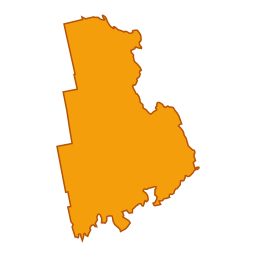 outline of Washington, Maine, United States of America
{"feature_id": "52423323B19363512128609", "entity_name": "Washington", "entity_type": "district", "adm_level": 2, "iso_a3": "USA", "parent_name": "United States of America", "parent_adm1": "Maine", "projection": "mercator", "projection_center": [-67.458, 45.042], "detail": "fine", "context": "isolated", "style": "filled", "palette": "amber", "viewbox_px": 256, "rotation_deg": 0, "n_neighbors": 0, "source": "geoboundaries", "source_scale": "gbopen_adm2", "svg_char_len": 4381}
<svg xmlns="http://www.w3.org/2000/svg" viewBox="0 0 256 256"><path d="M63.2,91.9L66.9,110.9L70.1,131.8L72.1,143.5L58.6,146.1L57.0,146.4L65.7,192.3L67.9,191.9L70.2,203.6L70.7,206.5L67.8,207.0L68.6,210.5L71.0,221.9L73.2,224.4L72.1,226.9L75.2,237.0L75.4,236.8L76.4,236.9L77.7,237.7L78.3,237.6L78.8,236.0L78.5,234.7L79.0,234.1L79.6,233.9L80.6,234.4L80.8,236.3L82.3,240.6L83.2,238.0L83.8,235.1L83.8,233.9L84.6,233.6L84.8,233.5L86.0,235.4L87.7,236.3L88.1,235.4L88.1,234.7L90.7,229.9L89.8,228.5L91.4,225.4L93.7,224.8L95.0,226.5L96.7,226.7L95.3,223.3L97.4,220.0L96.8,217.0L97.6,215.0L98.5,214.1L99.6,214.4L100.2,214.9L101.5,217.8L101.9,220.9L101.5,221.3L101.5,222.8L102.6,223.0L104.0,222.7L105.0,223.2L106.4,221.6L106.9,219.7L106.5,217.6L107.2,216.6L108.5,216.0L111.6,215.9L112.1,216.2L112.6,218.0L113.1,221.2L114.8,224.6L119.7,228.9L120.6,231.5L125.6,228.8L127.5,226.8L130.2,222.9L128.8,220.7L123.0,217.0L123.7,215.6L122.8,212.6L122.1,211.9L126.7,210.1L127.3,211.3L129.1,213.1L132.4,212.7L132.5,209.4L133.6,208.5L135.3,206.8L136.6,205.5L137.7,205.1L137.8,204.6L138.3,204.2L140.2,203.6L141.1,203.8L141.3,204.6L142.2,205.7L143.0,206.1L143.8,204.7L144.2,202.9L145.1,200.6L145.3,200.5L146.4,201.7L147.6,200.9L148.2,199.7L147.7,196.1L146.9,194.3L146.2,193.8L146.0,193.2L143.1,191.0L144.1,189.0L147.0,189.3L149.1,188.0L150.1,188.0L154.9,186.6L156.1,186.9L155.9,188.4L155.0,189.4L154.8,194.9L156.1,195.8L156.9,196.8L156.7,199.2L154.6,202.9L153.2,203.0L153.1,203.5L154.1,205.5L155.7,205.6L156.8,205.3L160.7,204.4L159.0,201.1L162.6,200.6L164.0,198.7L166.6,198.4L169.6,197.3L169.3,196.9L169.2,195.6L169.9,194.3L170.5,194.2L172.0,194.4L173.8,193.4L173.8,193.2L174.6,190.6L175.7,188.9L177.0,188.7L180.1,184.9L180.7,180.7L181.5,180.5L182.6,181.0L183.8,180.6L185.1,177.8L185.2,175.8L186.1,175.5L187.5,176.6L189.6,176.1L190.4,175.5L193.4,172.1L194.1,170.8L194.5,170.3L195.2,169.9L196.2,169.5L196.5,169.6L197.6,169.3L198.9,168.0L199.0,167.6L198.7,167.1L197.0,167.3L195.9,167.9L195.9,168.3L195.0,168.6L194.5,167.0L193.3,162.8L193.7,162.0L195.5,160.7L195.2,159.7L194.0,156.3L194.2,153.8L194.6,153.7L194.9,152.7L194.7,151.1L193.9,150.1L192.6,150.0L188.7,146.3L188.1,145.3L188.0,144.9L186.1,138.2L184.4,135.7L183.9,134.4L183.6,132.5L182.7,130.7L180.6,128.0L178.4,126.0L179.8,124.4L181.7,123.9L181.2,122.7L179.0,116.3L177.0,112.9L174.9,110.3L173.4,107.8L173.2,107.6L172.2,107.2L169.3,107.0L167.8,106.0L165.4,107.4L164.9,107.4L164.5,107.0L164.2,106.5L163.3,106.1L163.1,105.9L162.8,104.8L162.5,104.4L161.1,103.6L160.7,103.2L159.5,102.6L158.0,102.4L157.2,103.0L156.7,104.9L156.8,105.2L157.0,105.5L157.0,106.0L156.5,106.2L156.1,106.5L155.6,107.8L155.7,108.5L156.3,108.8L156.7,109.1L156.6,109.8L156.4,110.1L156.2,110.3L155.3,110.7L153.7,111.6L152.3,112.9L151.1,114.0L150.9,114.0L150.4,113.9L149.4,113.3L148.9,112.9L145.7,109.4L144.8,109.0L143.1,108.0L143.0,107.5L143.0,107.2L143.1,106.8L142.8,104.6L140.1,102.2L140.1,101.2L139.8,99.3L139.1,97.1L138.8,96.3L137.1,93.9L136.3,93.7L136.0,93.6L135.9,93.3L132.9,87.3L132.7,86.8L132.7,86.6L133.0,85.2L133.3,85.0L133.5,85.1L133.9,85.4L135.5,84.7L135.6,84.1L136.2,83.5L137.1,81.1L137.2,80.6L137.2,80.1L136.7,79.4L136.7,79.1L137.1,78.6L138.5,77.5L139.4,76.6L139.9,75.1L140.2,73.9L139.5,72.9L139.5,72.1L139.8,71.2L140.0,71.0L140.3,70.7L140.7,70.7L141.0,70.6L141.3,70.3L141.4,70.1L140.0,67.3L137.8,64.7L136.5,63.3L134.9,62.0L134.6,61.6L134.2,60.6L133.3,57.0L133.2,56.3L133.6,55.9L133.5,55.4L133.0,54.2L132.1,53.3L131.4,52.4L131.0,51.1L130.9,50.6L131.0,50.4L131.4,50.1L132.8,49.7L134.2,49.0L135.0,48.6L135.0,47.8L135.0,47.6L135.9,47.0L137.5,47.7L140.0,48.3L140.3,48.3L140.5,48.1L140.7,47.5L140.9,47.5L141.1,47.7L141.5,48.2L141.6,47.9L141.1,46.6L139.7,45.1L139.4,43.5L139.3,43.2L139.4,42.3L139.7,41.4L139.9,41.3L140.1,41.3L140.5,41.4L141.1,39.8L140.8,35.9L140.5,34.7L140.0,33.9L137.6,30.5L136.9,30.2L134.2,30.3L132.6,30.8L132.5,31.2L132.7,31.5L132.8,32.0L132.5,32.5L131.4,33.3L129.1,33.1L127.1,31.8L125.7,31.4L124.4,31.5L124.4,31.9L123.8,31.9L121.1,30.6L118.3,29.9L115.2,27.2L114.2,26.7L113.6,26.9L114.1,28.2L113.5,28.6L110.9,26.7L109.8,25.6L107.7,22.2L107.0,20.5L106.0,18.1L105.5,17.1L103.4,15.5L103.1,15.4L102.5,15.4L102.6,16.2L103.0,17.3L103.9,18.6L104.6,19.1L104.6,19.5L104.4,20.0L103.1,19.9L100.1,19.1L98.4,17.4L94.1,17.3L93.8,16.9L85.5,18.8L81.9,16.9L82.6,19.5L64.0,24.0L75.1,74.3L74.0,74.5L77.3,89.2L63.2,91.9Z" fill="#f59e0b" stroke="#b45309" stroke-width="1.5"/></svg>